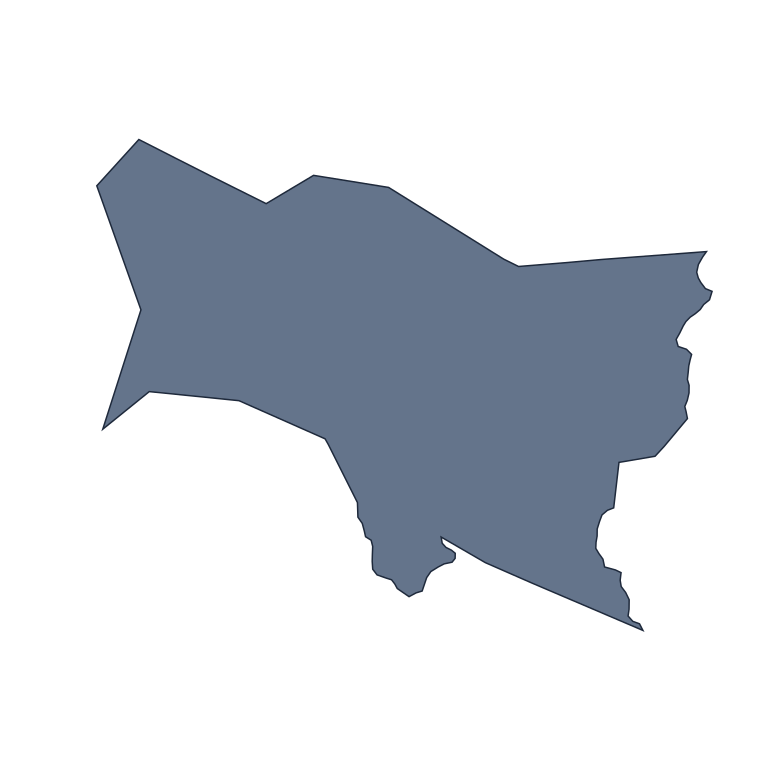 outline of Utinga, Bahia, Brazil, rotated 188°
{"feature_id": "56859067B43772333404859", "entity_name": "Utinga", "entity_type": "district", "adm_level": 2, "iso_a3": "BRA", "parent_name": "Brazil", "parent_adm1": "Bahia", "projection": "orthographic", "projection_center": [-41.139, -12.037], "detail": "fine", "context": "isolated", "style": "filled", "palette": "slate", "viewbox_px": 768, "rotation_deg": 188, "n_neighbors": 0, "source": "geoboundaries", "source_scale": "gbopen_adm2", "svg_char_len": 1410}
<svg xmlns="http://www.w3.org/2000/svg" viewBox="0 0 768 768"><g transform="rotate(188 384 384)"><path d="M83.1,560.0L185.8,537.6L220.2,529.6L267.1,519.1L282.8,524.3L406.8,579.3L482.8,580.8L525.8,546.2L584.1,565.7L623.0,579.0L660.8,592.0L696.0,540.3L691.9,532.5L635.0,423.6L656.2,300.1L615.4,343.8L525.3,347.3L434.7,321.5L430.7,316.3L393.8,262.9L391.3,248.5L386.1,242.9L383.1,235.8L381.0,230.2L375.0,227.5L372.6,221.6L371.8,213.6L371.0,206.7L369.4,199.0L364.3,194.0L354.8,192.1L349.3,191.2L345.5,187.5L342.4,183.3L329.6,176.9L323.2,181.6L317.4,184.3L314.8,198.2L311.5,204.8L304.8,210.4L299.3,214.3L291.8,217.0L289.3,221.2L289.9,226.3L294.2,228.9L299.9,230.8L304.2,234.4L306.1,240.4L258.8,221.2L210.3,207.6L93.3,176.0L97.6,182.1L104.6,183.6L110.0,188.2L110.0,195.1L111.2,204.5L115.7,211.2L120.9,216.4L122.8,222.5L123.0,230.2L129.0,232.1L140.1,233.5L142.8,241.0L147.6,246.0L151.4,250.7L152.0,256.8L151.8,263.1L152.7,270.1L151.4,278.0L149.9,284.7L145.2,290.0L139.3,293.3L140.4,339.1L134.9,340.8L105.5,350.2L97.8,361.3L78.7,392.0L81.1,398.9L83.0,403.6L81.4,409.9L80.7,417.6L81.7,425.2L84.2,430.7L84.4,438.1L84.7,444.4L84.2,450.6L83.5,456.1L89.3,460.5L97.9,462.1L100.9,468.8L98.2,475.7L95.8,483.1L93.7,487.9L90.1,492.8L85.5,497.0L81.2,501.8L78.5,507.2L73.4,512.7L72.0,521.4L79.0,523.2L84.4,528.6L87.5,532.7L89.9,538.2L89.3,546.1L86.1,554.2L83.1,560.0Z" fill="#64748b" stroke="#1e293b" stroke-width="1.5"/></g></svg>